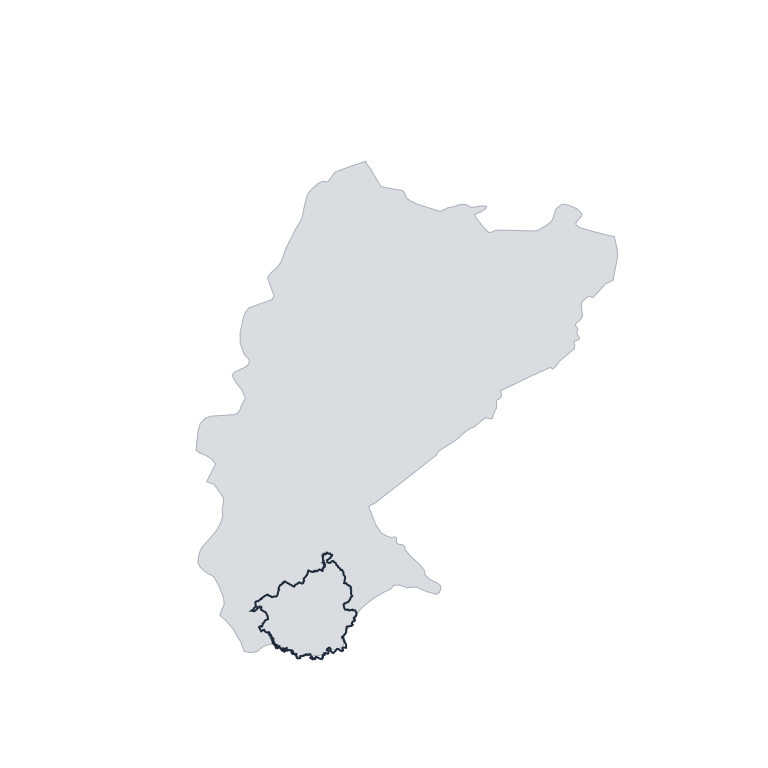 Comoe, Komoé, Burkina Faso shown in context, rotated 323°
{"feature_id": "67063806B6461887322435", "entity_name": "Comoe", "entity_type": "district", "adm_level": 2, "iso_a3": "BFA", "parent_name": "Burkina Faso", "parent_adm1": "Komoé", "projection": "orthographic", "projection_center": [-4.497, 10.243], "detail": "fine", "context": "in_parent", "style": "outline", "palette": "slate", "viewbox_px": 768, "rotation_deg": 323, "n_neighbors": 0, "source": "geoboundaries", "source_scale": "gbopen_adm2", "svg_char_len": 9204}
<svg xmlns="http://www.w3.org/2000/svg" viewBox="0 0 768 768"><g transform="rotate(323 384 384)"><path d="M555.7,470.4L537.9,471.4L531.5,473.4L527.6,473.5L527.4,471.9L527.0,470.9L504.5,465.8L488.7,462.8L472.7,459.4L471.9,462.8L469.6,465.0L466.2,465.2L463.8,464.7L462.2,467.3L459.6,470.8L455.9,472.5L452.3,474.7L450.3,476.5L448.8,476.6L445.1,472.3L440.3,471.9L431.2,472.7L427.1,471.6L421.6,471.0L408.4,472.1L387.4,470.5L384.0,471.5L383.1,472.3L362.3,472.7L339.3,473.1L320.2,473.4L303.4,473.7L303.4,472.9L298.0,472.8L297.4,474.3L292.7,491.9L292.2,501.5L294.8,507.4L297.7,511.2L300.9,512.7L301.2,514.9L298.7,517.6L298.9,520.5L301.9,523.4L302.7,526.4L301.2,529.6L301.6,537.4L303.9,549.6L304.0,557.5L301.9,561.1L302.9,567.3L307.1,576.0L307.8,579.8L306.4,581.5L302.9,583.8L299.5,583.7L295.4,578.4L293.6,576.1L290.3,570.7L287.5,565.3L283.7,563.0L280.0,560.8L275.4,554.0L271.1,550.7L266.5,551.7L259.7,550.4L246.2,548.8L231.7,549.3L225.6,550.9L219.7,553.4L204.5,558.9L198.6,561.6L194.1,568.5L188.9,568.4L183.8,566.1L180.5,563.0L173.6,563.7L167.0,560.7L160.5,554.7L155.8,552.8L149.8,548.4L148.1,540.2L144.3,534.5L140.8,526.5L135.5,522.8L129.5,520.9L121.2,521.3L115.7,518.1L111.4,513.4L112.6,509.3L114.5,503.6L114.8,498.0L116.1,489.0L115.3,477.8L113.8,469.9L118.4,466.7L123.8,463.8L127.1,458.4L130.5,446.5L132.0,436.1L130.9,432.3L129.2,429.3L127.8,424.8L127.0,419.3L128.0,414.6L132.0,410.2L137.0,406.5L140.6,404.8L150.0,403.0L161.8,400.3L168.7,397.2L173.6,394.1L176.4,391.6L179.2,386.6L183.8,382.7L187.3,378.7L187.8,367.8L187.8,361.5L185.2,358.1L183.7,355.2L201.2,346.6L201.3,340.6L198.8,333.8L195.4,328.4L194.2,323.7L199.0,318.2L203.2,314.0L206.3,310.5L213.2,305.1L220.3,303.7L226.7,305.7L245.8,318.3L249.1,319.1L253.1,318.1L258.1,314.8L264.6,312.1L267.0,303.7L266.7,291.3L268.1,285.6L271.6,284.5L282.5,286.8L285.4,287.0L288.5,286.2L290.8,284.0L290.7,280.0L290.2,276.4L293.7,264.9L300.1,256.2L313.1,245.3L317.2,243.1L322.0,241.9L345.5,249.2L349.3,247.4L354.9,228.9L361.2,227.1L368.9,226.7L373.8,225.1L376.4,223.8L387.4,216.7L406.9,207.0L417.5,202.8L419.5,201.2L427.0,194.4L436.9,186.5L443.2,184.9L452.0,184.2L457.6,185.4L459.2,187.6L461.0,188.7L472.5,185.3L489.1,190.3L503.5,195.2L502.6,198.5L502.7,204.3L501.6,213.4L500.4,224.4L506.5,231.4L513.7,238.9L515.7,241.9L514.0,249.4L515.4,253.8L519.3,261.1L525.8,270.3L532.5,279.8L537.1,281.0L541.4,281.7L544.1,283.3L548.0,284.9L551.8,286.0L555.1,288.0L557.3,290.0L560.2,295.9L567.7,299.7L572.9,303.4L570.9,305.4L564.4,304.8L558.3,303.2L557.6,306.0L557.6,316.9L558.8,325.9L560.2,327.1L566.3,328.7L581.1,340.2L594.4,351.0L598.9,353.8L606.2,354.8L614.3,355.1L617.8,354.0L625.5,348.2L629.7,347.5L633.6,347.6L635.7,348.5L639.6,353.0L643.3,359.8L644.4,364.9L644.2,367.6L643.0,368.7L636.6,370.1L633.8,371.2L633.1,372.7L634.2,376.1L635.5,378.3L642.8,388.1L653.4,401.3L656.6,404.7L654.9,408.8L649.9,419.4L646.2,423.8L629.3,439.0L620.9,437.4L603.2,440.8L600.5,437.4L596.4,437.0L591.3,437.7L589.4,439.1L588.9,440.5L587.1,442.6L584.0,448.6L581.4,450.1L578.3,451.1L574.5,451.0L572.2,451.8L572.2,454.8L571.6,457.3L569.0,458.6L568.0,461.5L568.2,464.3L566.7,465.6L563.4,465.0L561.4,464.2L559.6,467.9L557.3,470.4L555.7,470.4Z" fill="#d9dde1" stroke="#a8b0b8" stroke-width="1"/><path d="M236.9,484.2L235.9,484.7L235.6,484.6L235.5,484.8L234.5,484.8L234.2,484.6L234.3,483.6L234.1,483.5L232.8,483.9L232.4,483.4L231.7,484.3L231.5,484.1L231.2,484.3L231.1,484.8L231.3,485.4L230.2,486.5L229.7,487.6L229.1,488.3L229.1,488.6L229.4,488.9L229.3,489.2L228.6,489.6L228.4,490.0L227.8,489.9L228.3,490.6L227.7,491.2L228.0,491.8L228.6,491.6L228.5,492.1L227.9,491.9L227.3,492.0L227.2,492.4L227.6,493.4L227.1,493.9L226.7,493.8L226.5,494.3L225.7,494.0L225.1,494.4L224.8,494.2L224.4,494.3L224.0,494.5L223.9,494.9L223.1,495.0L222.9,496.0L222.5,496.3L222.1,495.9L222.4,495.6L222.4,495.0L221.9,494.5L221.4,494.3L220.7,493.2L219.4,493.2L218.8,493.4L218.0,493.2L217.4,492.2L216.8,492.2L216.5,492.4L215.9,491.9L215.8,491.3L215.5,491.3L215.4,491.7L215.0,491.7L214.8,491.4L214.5,491.5L213.5,490.9L211.3,487.4L211.0,487.5L210.6,488.2L209.7,488.6L209.3,489.2L208.2,489.6L207.5,490.3L206.4,490.3L205.9,490.7L202.7,491.1L202.0,492.7L201.5,493.3L200.9,493.2L200.5,493.4L199.8,494.3L198.9,494.3L198.0,493.6L197.0,491.4L195.6,491.5L195.1,491.2L194.6,491.5L193.9,491.4L192.4,490.9L190.5,491.8L190.1,491.6L185.9,481.9L185.2,481.9L184.5,481.6L183.8,481.9L183.6,482.4L182.9,482.0L181.4,482.6L180.6,482.2L179.7,482.2L177.3,483.4L176.4,484.2L176.5,485.1L174.5,486.1L172.1,488.3L170.9,488.8L169.6,488.7L168.7,487.8L168.0,487.4L166.9,487.2L165.9,486.4L166.0,485.6L164.7,483.9L164.8,483.5L164.6,482.8L164.0,482.5L164.1,482.0L163.9,481.9L162.9,481.7L159.0,481.4L157.8,481.5L156.8,482.0L156.5,481.4L152.9,481.8L151.6,480.9L150.4,480.6L149.4,481.6L147.8,484.7L146.7,484.5L145.7,484.6L145.1,485.0L143.6,485.4L141.7,485.3L142.6,486.1L143.6,487.4L146.8,487.4L148.6,486.5L148.6,486.8L149.3,487.4L150.7,486.8L151.6,487.7L151.8,488.0L151.6,488.2L151.6,488.6L151.4,489.0L150.0,490.0L150.1,490.8L152.1,495.1L151.3,499.6L149.8,502.0L148.1,501.6L147.7,501.3L147.0,501.3L146.1,501.5L145.1,502.1L144.4,502.3L142.9,502.3L142.4,503.1L141.1,504.0L140.3,504.1L140.2,503.3L139.9,503.1L139.2,503.0L137.8,503.0L137.1,507.6L140.3,508.0L140.1,510.3L140.7,511.7L141.3,512.4L142.3,512.5L142.6,512.9L142.6,513.2L142.0,513.6L142.4,514.3L142.7,514.2L142.6,514.6L142.3,515.0L141.6,515.1L141.4,515.4L142.5,516.2L141.6,517.0L142.4,517.3L142.4,517.6L141.9,518.3L142.0,519.1L141.4,519.0L140.9,519.3L141.8,520.2L141.2,520.2L140.9,520.7L141.1,521.0L141.5,520.7L141.8,521.3L141.4,521.6L140.8,521.4L140.4,521.6L141.0,522.6L140.7,522.8L140.4,522.6L139.3,523.6L139.3,523.8L140.5,524.1L140.8,524.3L140.3,525.0L139.5,525.4L139.4,526.4L139.8,526.7L140.3,526.7L140.1,527.3L139.6,527.7L139.2,528.8L140.6,528.1L141.1,527.5L141.5,528.0L141.6,528.7L140.9,530.2L139.9,530.5L139.7,530.7L140.0,531.1L140.4,531.1L141.1,530.8L142.6,530.7L142.3,531.9L142.1,532.4L142.1,533.5L143.0,534.0L144.3,534.2L144.6,534.8L144.4,535.1L143.7,535.2L143.3,534.8L142.6,534.9L142.2,534.8L142.0,535.3L142.4,536.0L144.4,536.0L143.3,537.2L143.2,537.5L143.3,537.8L144.0,537.6L144.5,537.8L144.8,537.3L145.8,536.6L147.0,536.1L147.4,536.2L146.6,537.7L146.3,538.0L146.2,538.5L146.5,538.9L147.4,538.9L148.1,539.2L148.4,539.9L148.9,540.3L149.6,540.5L149.8,541.4L150.4,541.8L149.9,542.5L150.2,542.9L150.1,543.2L148.6,542.7L148.4,543.0L148.5,544.6L150.0,545.4L150.2,545.6L150.2,546.2L151.4,546.9L151.2,547.2L150.6,547.3L150.1,547.9L150.4,548.5L150.3,549.0L150.1,549.6L149.6,550.0L149.9,551.1L150.7,551.8L151.8,552.0L152.2,552.4L152.7,551.5L153.6,551.0L155.0,552.1L155.6,552.1L156.0,552.6L157.1,552.5L157.6,553.1L158.4,552.8L159.4,553.1L159.5,553.2L159.5,554.0L160.1,554.6L161.2,554.5L161.8,555.1L162.3,555.3L162.5,555.5L162.0,556.0L162.0,556.8L161.8,557.6L162.3,558.7L162.2,558.8L160.4,558.6L160.9,559.9L161.5,559.8L161.5,560.8L162.2,560.6L162.5,560.8L162.6,561.7L163.2,562.1L163.6,562.1L163.5,560.9L165.6,561.1L165.9,561.4L165.9,562.2L166.6,562.6L167.6,565.1L167.9,565.5L168.8,565.6L169.0,566.3L169.7,566.1L170.3,565.3L170.9,565.5L171.3,564.8L171.5,563.9L171.8,563.7L172.1,563.7L172.4,564.2L172.9,564.2L173.5,564.6L174.1,563.8L174.2,563.1L174.8,563.5L175.2,563.6L176.0,564.5L176.1,565.1L176.8,565.5L177.5,565.6L178.5,564.7L179.2,563.3L179.1,563.1L178.6,562.9L178.2,562.0L178.3,561.8L178.7,561.5L181.0,561.4L181.7,561.7L182.0,562.3L181.9,563.3L180.9,564.3L180.8,565.5L181.1,567.6L181.7,568.3L181.8,568.4L182.8,568.1L184.7,568.0L187.0,567.3L187.9,568.1L188.2,568.5L188.6,570.3L189.0,571.3L189.7,571.9L190.7,572.2L191.1,572.0L191.3,571.5L191.2,570.9L191.4,570.4L192.0,569.9L192.8,569.9L195.0,571.8L196.3,570.2L196.9,569.1L197.2,567.3L197.0,566.9L197.7,565.8L197.4,565.3L197.7,564.8L198.0,564.6L198.0,564.1L198.4,563.3L198.3,562.9L198.7,562.3L198.6,562.0L197.9,562.0L197.8,561.9L198.3,560.7L199.6,560.9L200.8,560.8L201.3,560.3L202.6,560.3L204.6,559.4L205.1,558.8L205.5,557.8L207.0,556.8L207.3,556.0L208.1,555.4L208.6,555.4L211.7,557.3L212.7,557.7L214.2,557.5L214.0,556.3L215.0,555.2L216.5,555.0L217.1,555.4L218.0,555.5L218.5,555.3L219.0,554.5L218.6,553.9L219.0,552.7L219.6,552.4L220.0,552.6L221.5,552.6L222.1,552.0L222.8,552.0L224.4,550.0L224.4,548.6L224.7,548.0L224.8,547.5L223.3,546.1L223.2,545.5L222.7,545.6L222.5,545.0L220.3,544.2L219.7,543.5L219.8,543.5L219.8,542.9L219.5,542.4L218.3,541.8L217.1,540.7L217.5,538.9L218.8,536.0L219.2,535.7L220.5,535.5L221.0,536.0L221.3,536.0L222.5,535.9L223.9,536.6L225.1,536.2L226.0,536.2L226.7,535.7L227.4,535.5L229.4,534.2L231.0,534.3L231.3,532.2L231.7,531.3L233.5,529.3L234.0,527.6L235.2,526.8L235.3,526.0L235.0,525.5L235.2,524.3L234.2,523.4L234.2,522.7L233.8,522.1L234.0,520.5L233.4,519.8L232.4,519.4L232.2,519.1L234.5,517.1L236.6,515.0L237.0,514.1L236.9,512.0L238.4,509.8L238.3,508.3L238.7,507.4L238.2,506.7L237.4,506.3L237.7,505.4L237.8,504.2L237.1,502.8L237.6,501.8L237.7,501.3L237.0,500.2L237.7,498.1L237.6,497.5L237.0,496.6L236.9,496.2L237.1,495.3L236.6,494.5L236.1,494.2L234.2,494.5L233.1,494.3L231.9,493.3L231.5,492.2L232.5,490.4L234.0,490.7L235.5,490.4L236.5,490.7L237.9,489.9L239.1,489.9L239.7,489.4L238.7,487.7L238.8,487.0L238.5,487.0L237.6,486.0L237.3,485.9L237.6,485.9L237.1,485.4L237.1,484.6L236.9,484.2Z" fill="none" stroke="#1e293b" stroke-width="2"/></g></svg>